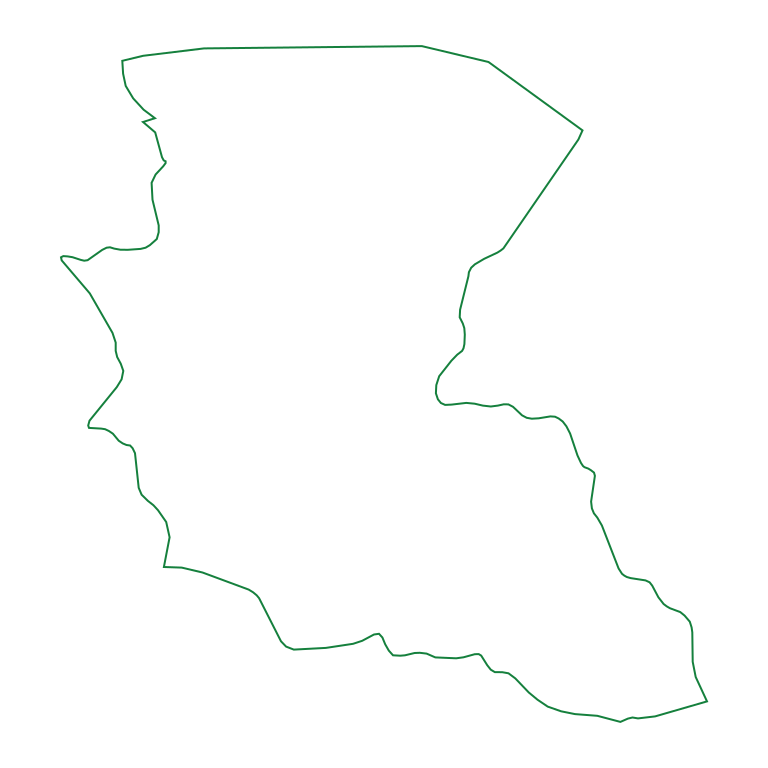 Manzini, Natural Earth projection, rotated 90°
{"feature_id": "SWZ-536", "entity_name": "Manzini", "entity_type": "District", "adm_level": 1, "iso_a3": "SWZ", "parent_name": "eSwatini", "parent_adm1": "", "projection": "natural_earth1", "projection_center": [31.309, -26.515], "detail": "fine", "context": "isolated", "style": "outline", "palette": "green", "viewbox_px": 768, "rotation_deg": 90, "n_neighbors": 0, "source": "natural_earth", "source_scale": "10m", "svg_char_len": 2498}
<svg xmlns="http://www.w3.org/2000/svg" viewBox="0 0 768 768"><g transform="rotate(90 384 384)"><path d="M60.8,645.7L55.8,624.9L48.4,563.9L47.1,441.0L46.1,346.2L62.0,279.5L130.4,185.5L139.5,189.6L248.4,264.6L250.5,267.3L252.6,270.6L258.8,283.8L264.3,293.1L267.7,296.8L272.2,299.1L276.3,299.6L309.7,307.9L317.3,308.3L323.5,305.2L328.1,303.7L334.6,303.2L344.1,303.6L348.3,304.5L350.9,305.9L354.7,310.8L360.7,316.6L376.2,328.8L385.1,331.7L393.3,332.1L399.3,330.1L403.0,327.1L404.9,322.9L404.6,316.4L402.9,301.7L403.7,293.3L405.6,285.2L406.5,277.2L405.6,270.1L404.3,264.2L404.4,259.6L406.8,255.0L415.3,246.0L417.8,241.3L418.7,236.2L418.3,229.3L416.4,217.6L416.7,213.0L418.5,209.3L421.5,205.3L426.3,201.6L433.5,197.9L455.5,190.5L463.0,187.0L466.0,185.0L467.2,183.5L468.6,179.7L470.2,177.1L472.6,174.0L475.8,173.1L501.6,176.9L508.4,176.1L513.3,174.1L517.6,170.7L525.5,166.1L568.5,149.4L573.8,146.0L575.6,143.7L577.0,141.2L578.1,137.4L580.4,122.5L582.3,118.4L585.6,115.8L597.3,109.6L604.0,104.4L606.4,101.2L608.2,98.1L612.1,87.7L615.6,83.4L621.7,78.2L627.4,76.4L632.3,75.7L661.8,75.3L677.0,72.3L701.4,61.0L716.4,112.9L718.4,130.0L717.5,135.5L718.6,140.1L721.9,147.6L715.8,170.7L714.1,193.0L711.3,206.9L706.6,220.3L699.7,230.5L692.5,239.2L678.4,252.7L673.3,259.5L672.2,265.7L672.1,273.2L669.7,277.2L665.3,280.7L655.6,286.8L654.1,289.3L654.2,293.2L657.3,304.5L658.3,311.8L657.4,332.7L653.6,341.4L652.8,348.2L653.0,353.4L655.3,363.0L655.7,367.7L655.3,375.0L650.6,379.2L644.3,382.8L637.5,385.6L633.8,389.0L634.5,394.0L640.8,405.8L643.8,414.9L647.9,442.1L649.6,474.2L646.6,481.9L641.3,487.0L598.2,508.9L595.3,511.3L592.3,514.9L589.6,519.3L572.5,565.5L567.6,586.3L567.0,604.1L537.3,598.4L522.0,601.8L510.2,610.0L505.2,614.6L500.9,620.1L494.7,626.4L487.8,629.3L453.2,633.0L448.2,635.4L445.5,637.9L445.0,641.5L443.4,645.3L440.7,649.3L433.7,655.1L431.0,659.1L429.2,662.9L428.6,666.8L427.9,679.0L425.5,679.8L420.7,678.5L387.1,651.2L379.3,646.4L370.9,644.7L363.8,647.2L357.1,650.8L350.9,652.3L342.6,652.3L332.9,655.5L293.4,678.2L260.4,706.3L257.3,707.0L256.1,704.7L256.4,700.4L257.2,695.5L259.9,687.2L260.7,683.8L260.2,680.4L249.9,665.8L247.7,661.4L247.3,658.0L248.6,653.8L249.7,647.7L249.8,640.2L248.9,627.4L247.7,622.4L245.2,618.2L239.0,611.2L232.2,609.3L225.4,609.3L199.7,615.5L182.8,616.4L174.5,612.4L166.3,604.8L163.1,602.4L161.3,602.4L160.4,604.3L157.2,606.0L132.4,612.8L122.0,625.0L118.2,613.1L109.7,624.4L98.4,634.8L85.9,642.3L73.7,644.9L60.8,645.7Z" fill="none" stroke="#15803d" stroke-width="2"/></g></svg>